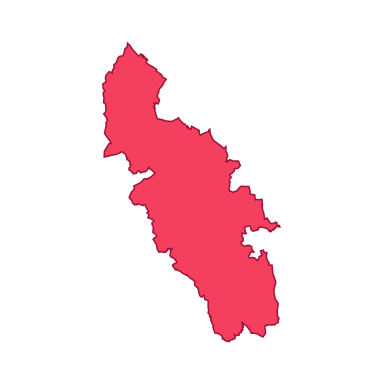 the district of Thurles Lea-5, North Tipperary, Ireland, rotated 240°
{"feature_id": "5873133B42625878328180", "entity_name": "Thurles Lea-5", "entity_type": "district", "adm_level": 2, "iso_a3": "IRL", "parent_name": "Ireland", "parent_adm1": "North Tipperary", "projection": "equal_earth", "projection_center": [-7.824, 52.667], "detail": "fine", "context": "isolated", "style": "filled", "palette": "rose", "viewbox_px": 384, "rotation_deg": 240, "n_neighbors": 0, "source": "geoboundaries", "source_scale": "gbopen_adm2", "svg_char_len": 6071}
<svg xmlns="http://www.w3.org/2000/svg" viewBox="0 0 384 384"><g transform="rotate(240 192 192)"><path d="M50.1,145.0L49.6,145.4L48.8,145.2L48.7,146.1L46.7,146.4L46.3,147.2L45.1,147.6L45.0,148.4L44.0,149.1L43.9,149.8L44.7,151.3L43.8,153.5L44.2,154.1L43.5,155.7L44.7,156.8L47.2,157.3L45.4,158.5L44.6,160.9L44.6,161.6L45.9,161.8L46.5,162.7L45.6,164.4L47.5,165.3L46.9,165.7L47.0,167.0L49.6,167.9L50.3,168.4L49.5,168.8L51.6,170.1L52.5,169.6L54.4,169.6L48.4,172.4L42.3,173.0L40.1,172.7L38.3,175.6L36.2,178.0L33.9,178.9L30.9,181.1L33.3,185.4L38.7,187.6L39.8,189.2L39.1,189.7L38.5,192.3L36.7,194.9L36.8,195.5L36.3,196.6L35.5,197.1L36.0,198.7L35.9,201.2L36.8,202.1L38.7,202.5L38.7,204.0L43.0,204.2L44.1,205.4L47.0,206.7L52.4,211.0L57.5,210.6L63.5,212.5L66.5,214.2L72.1,219.6L80.9,221.2L88.7,224.8L90.2,222.2L91.6,222.6L91.7,223.1L96.8,223.3L99.7,224.4L100.4,225.5L102.4,226.5L103.2,224.2L105.9,224.8L106.8,221.9L102.6,221.1L102.7,220.7L102.0,219.9L102.5,219.2L102.2,217.6L101.1,216.8L99.8,214.5L103.6,213.3L105.5,211.0L105.8,209.4L106.4,208.5L108.2,208.7L108.6,210.3L110.6,212.4L110.6,213.1L109.0,215.5L113.0,215.3L114.6,216.3L116.9,215.2L117.0,214.6L117.8,214.1L118.4,212.5L118.2,211.4L119.4,210.0L120.3,209.4L122.5,208.9L123.7,209.4L123.8,209.9L124.4,210.2L124.0,211.1L124.3,212.2L125.1,212.3L126.2,213.3L127.9,212.9L131.4,214.7L130.2,215.8L128.9,217.9L128.9,218.3L131.2,218.5L135.1,219.8L134.1,224.6L133.6,225.3L129.4,224.3L127.5,225.3L126.2,230.5L127.1,230.9L128.1,233.4L127.5,233.4L126.8,234.7L123.2,238.4L120.2,239.6L119.4,239.2L118.5,240.0L119.2,240.3L118.4,241.0L119.0,242.8L118.3,244.1L119.1,244.5L118.9,246.2L119.9,246.9L120.0,247.7L117.8,250.6L119.4,250.9L120.5,249.3L123.0,250.0L123.0,249.6L124.0,249.4L123.7,248.3L124.3,247.5L124.3,246.2L125.2,244.6L126.3,244.2L131.8,244.0L132.4,243.2L131.7,242.3L132.1,241.2L137.8,243.6L140.4,244.0L145.5,245.9L145.2,246.3L150.6,249.0L152.2,245.5L153.5,243.9L153.4,242.9L153.7,242.8L158.1,244.9L161.1,241.4L165.2,243.3L168.5,243.9L169.8,241.4L172.3,237.7L172.5,236.8L170.6,231.3L171.2,228.8L171.0,227.3L172.9,226.4L173.9,225.0L176.7,225.8L178.4,227.9L179.8,228.2L181.4,230.0L182.0,229.7L183.0,230.0L184.8,231.5L184.9,233.3L188.0,233.1L188.3,234.4L188.0,235.5L188.7,237.2L188.8,238.7L190.9,240.5L189.9,242.3L189.6,244.0L190.7,247.1L195.6,247.7L198.4,242.9L199.7,242.3L199.9,241.7L201.1,240.7L200.8,240.1L201.2,239.0L200.3,238.3L200.8,236.8L201.4,236.5L202.5,238.2L204.3,239.0L204.5,239.8L205.9,241.3L211.0,241.9L211.9,242.8L214.4,244.0L214.1,242.9L214.2,241.0L216.3,240.6L226.3,236.3L233.5,237.0L237.5,238.8L237.1,237.2L235.7,236.0L236.6,234.3L237.1,229.4L236.8,227.9L238.3,227.4L241.7,228.9L241.8,228.3L242.5,228.5L249.2,224.4L246.7,222.4L248.3,221.4L251.1,221.2L250.1,219.9L254.1,220.0L254.8,219.1L258.2,217.9L263.1,217.2L262.8,216.8L263.2,209.7L267.4,203.7L267.9,203.8L268.3,203.1L269.9,202.2L270.0,201.3L271.4,200.5L271.8,199.2L273.3,198.7L281.2,200.5L283.1,202.0L284.1,201.0L284.8,202.2L285.5,202.1L285.8,203.4L287.3,203.4L286.8,203.7L287.1,204.3L286.6,204.4L287.2,205.6L285.5,206.3L285.2,206.8L287.9,209.8L292.7,209.7L294.9,212.9L295.7,213.0L295.9,213.7L297.8,215.2L297.9,216.5L298.4,217.3L298.2,218.2L299.3,219.3L299.3,220.3L301.2,222.9L302.5,226.1L307.0,223.6L308.3,224.4L314.6,221.5L315.7,222.7L319.6,220.9L323.8,218.2L327.0,217.0L327.9,217.9L328.5,219.6L330.5,219.2L329.9,218.7L333.5,217.0L333.6,216.6L334.8,217.0L333.7,218.3L335.0,218.0L337.1,216.7L336.4,214.2L336.6,213.6L345.5,211.7L350.3,211.5L353.1,210.6L350.3,208.7L350.2,207.9L349.7,207.4L349.8,206.3L349.5,205.5L346.3,202.7L344.5,200.2L345.7,197.1L345.2,195.1L341.5,190.5L341.5,188.5L341.1,187.6L338.9,187.0L336.6,183.3L334.9,182.4L337.7,180.4L337.0,178.2L335.6,175.3L333.2,173.5L331.8,173.4L330.2,172.4L330.4,170.2L329.9,168.5L329.4,168.6L326.7,167.0L322.8,166.9L322.5,164.8L320.0,163.5L317.7,163.0L313.8,160.2L313.4,160.1L312.6,161.0L311.5,161.0L308.1,159.7L304.9,157.6L304.2,156.6L303.9,154.7L302.5,154.6L299.0,155.2L296.2,154.3L294.8,151.9L292.8,151.2L286.5,145.5L274.6,146.6L274.5,145.6L275.5,144.5L271.1,136.5L266.2,133.4L262.2,146.4L261.9,151.4L258.2,153.2L256.1,153.1L255.0,152.5L253.8,153.0L253.3,152.1L252.7,151.9L252.2,152.0L251.5,153.0L250.4,152.8L248.8,153.5L247.2,152.0L245.4,152.4L244.2,149.3L243.6,149.3L242.7,148.5L240.5,149.6L237.0,150.3L236.1,153.1L237.1,155.5L236.2,157.4L235.3,156.9L234.2,157.2L233.7,159.9L233.8,160.7L232.8,161.5L233.2,162.5L233.1,163.7L235.2,167.1L234.9,167.3L233.8,166.6L231.7,168.0L230.5,168.1L226.8,169.7L225.6,164.2L225.7,161.3L225.2,160.0L226.3,159.7L226.4,158.1L227.3,157.3L227.2,156.1L226.6,155.6L225.8,151.4L226.3,144.6L223.7,144.1L222.2,139.8L221.0,137.6L219.3,136.0L219.2,135.3L217.8,134.7L214.8,135.7L212.4,135.0L209.4,135.9L209.7,137.2L208.6,137.6L208.6,138.4L208.9,138.7L208.3,139.3L208.2,140.1L205.4,142.1L204.7,143.0L204.9,144.3L203.6,145.0L200.6,144.4L197.1,144.9L196.5,142.5L194.5,143.4L193.9,143.2L191.7,140.9L190.7,142.1L186.4,144.7L185.5,144.0L185.6,142.3L185.1,141.8L183.5,141.1L181.5,141.2L180.6,140.8L180.0,140.0L178.0,139.8L177.8,138.6L176.5,137.9L173.0,139.5L171.4,139.3L171.0,138.3L171.1,136.4L170.8,136.3L170.6,134.7L164.2,134.9L160.5,133.5L157.3,133.1L156.2,133.5L155.5,135.9L154.1,136.9L153.0,139.5L153.8,140.0L153.5,140.7L154.0,141.8L154.9,142.4L154.2,143.1L154.5,143.2L153.9,144.1L154.2,144.7L153.1,144.8L152.9,145.8L153.2,146.3L152.7,146.4L151.9,143.9L150.4,143.3L148.4,141.3L146.1,141.3L145.6,141.5L145.1,142.6L142.3,143.5L138.6,143.8L138.4,142.2L138.9,140.9L138.5,140.0L138.6,138.9L137.8,138.3L132.9,138.7L132.6,139.0L132.9,139.8L131.7,140.1L129.3,142.2L126.8,143.0L122.3,145.8L122.5,146.2L119.2,147.1L113.3,149.8L110.1,147.7L105.5,149.0L103.2,148.4L101.9,147.5L100.6,147.7L98.9,146.9L97.0,147.1L96.2,148.0L96.0,148.4L96.7,149.4L96.6,150.6L92.4,149.4L91.7,150.4L89.6,151.6L84.1,148.3L80.9,147.2L79.8,145.8L78.7,145.5L78.2,145.9L76.4,145.7L74.5,146.0L73.6,145.6L74.7,145.1L72.1,144.7L71.3,144.0L70.5,144.5L68.4,143.7L65.2,143.5L64.6,142.6L60.2,141.7L58.8,141.8L58.5,141.4L55.6,144.6L54.5,145.1L52.7,145.8L50.8,145.8L50.1,145.0Z" fill="#f43f5e" stroke="#9f1239" stroke-width="1.5"/></g></svg>